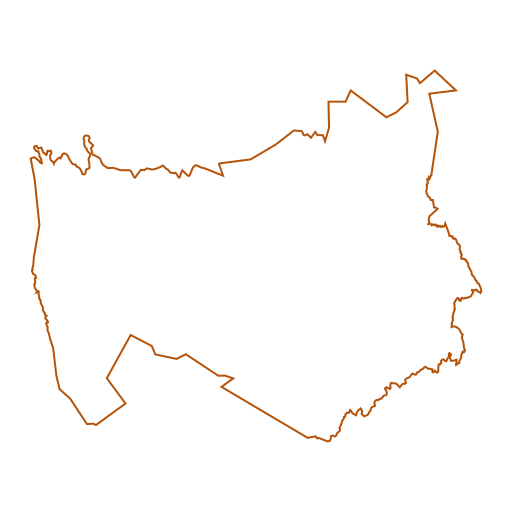 the district of Moris, Chihuahua, Mexico
{"feature_id": "50627088B15555770686399", "entity_name": "Moris", "entity_type": "district", "adm_level": 2, "iso_a3": "MEX", "parent_name": "Mexico", "parent_adm1": "Chihuahua", "projection": "equal_earth", "projection_center": [-108.616, 28.165], "detail": "fine", "context": "isolated", "style": "outline", "palette": "amber", "viewbox_px": 512, "rotation_deg": 0, "n_neighbors": 0, "source": "geoboundaries", "source_scale": "gbopen_adm2", "svg_char_len": 5973}
<svg xmlns="http://www.w3.org/2000/svg" viewBox="0 0 512 512"><path d="M455.9,90.4L434.7,70.6L420.0,83.1L417.0,78.5L406.2,74.7L407.6,102.1L396.6,112.1L386.4,117.3L350.7,90.5L345.5,101.7L328.5,101.7L329.0,128.0L325.0,141.2L322.9,135.2L317.5,135.1L315.2,132.0L311.0,137.7L307.4,134.2L305.1,135.4L304.1,135.3L303.3,134.5L302.2,131.7L301.1,131.0L293.9,130.5L275.8,144.5L250.6,159.4L219.6,163.4L219.0,163.9L223.0,175.7L204.6,168.3L201.5,167.6L196.6,165.3L195.1,165.5L193.0,167.4L189.8,175.0L188.8,176.0L186.9,174.8L182.4,170.4L180.8,173.4L180.2,176.2L179.2,177.6L177.9,176.4L177.1,174.6L175.5,172.8L174.0,173.2L170.3,172.6L167.8,169.5L166.3,168.9L163.3,165.8L162.5,165.6L160.8,166.8L155.3,169.0L152.2,169.5L146.9,168.4L144.3,170.1L140.8,169.9L135.0,177.7L134.5,177.6L130.9,171.2L129.9,170.3L120.7,170.2L113.2,167.8L107.7,168.1L103.8,165.4L102.6,164.3L101.3,161.9L100.4,159.2L99.4,158.0L94.4,155.2L93.2,155.1L92.7,154.5L91.0,148.4L91.1,147.7L93.0,146.0L93.2,145.4L89.0,141.4L88.7,140.0L89.7,138.2L89.0,136.5L88.2,135.8L85.7,135.5L84.5,136.2L83.7,137.7L83.7,139.9L84.5,141.1L84.1,143.4L84.6,146.0L85.8,148.1L86.6,148.6L87.1,150.4L88.7,152.5L90.3,153.7L89.9,156.4L88.8,158.0L88.6,160.0L89.3,163.5L89.5,167.6L89.2,168.2L86.2,169.5L85.4,173.2L84.9,174.0L83.3,174.4L82.4,174.0L81.2,170.7L79.4,167.9L76.5,166.5L75.9,164.8L73.1,164.2L72.2,163.5L70.1,160.5L67.5,155.5L66.1,154.0L64.1,153.3L62.5,154.3L61.5,156.0L61.7,156.7L60.4,157.3L60.4,158.4L59.1,157.9L58.3,158.2L54.5,162.0L53.9,163.6L53.4,162.2L51.0,160.4L50.1,158.0L50.1,155.3L51.4,153.2L51.2,151.9L50.5,150.7L49.1,151.3L47.8,150.7L47.3,151.0L47.0,153.9L46.3,155.0L45.4,154.4L44.9,153.4L43.3,152.5L41.2,147.5L38.2,148.5L36.6,145.9L34.9,146.2L34.2,146.9L34.0,147.9L36.0,150.9L37.3,151.4L38.3,151.3L38.6,151.7L38.6,152.6L39.3,154.1L39.5,156.6L41.1,158.7L41.9,163.3L40.4,162.9L39.1,160.9L34.8,157.5L33.9,157.2L30.7,158.5L34.6,179.1L39.4,225.0L33.8,257.7L33.3,265.0L32.3,268.7L32.7,269.4L32.2,269.8L31.9,271.0L33.2,273.9L35.5,275.4L36.0,277.2L35.9,278.0L35.0,278.1L34.8,278.7L35.1,280.6L35.0,283.8L34.2,284.5L34.8,287.7L37.2,291.6L36.9,292.1L38.5,291.2L38.7,291.6L38.4,293.9L39.2,295.7L39.1,298.4L39.9,299.1L40.0,300.1L40.8,300.9L40.7,303.0L43.0,307.6L42.9,309.4L43.4,311.2L44.7,312.8L45.0,314.8L46.6,315.9L45.4,317.1L45.3,317.9L45.9,319.2L47.2,320.3L47.2,321.2L48.1,321.7L47.6,322.8L46.4,323.0L46.2,324.0L46.9,325.9L47.7,326.8L47.4,329.9L48.6,332.8L50.4,339.8L53.1,347.8L56.4,375.7L59.6,389.2L70.1,398.5L86.9,424.0L93.5,423.7L95.9,425.1L125.5,403.5L106.8,378.2L130.7,335.0L151.8,346.0L155.3,354.4L176.5,358.9L185.8,354.2L218.3,375.7L224.9,375.6L233.2,378.4L221.5,386.9L307.6,437.8L315.7,436.4L317.2,438.5L318.7,437.9L327.6,441.4L329.9,440.8L330.6,438.9L331.1,436.0L332.7,435.5L334.0,436.3L335.3,436.4L336.0,435.8L337.0,433.3L339.8,430.9L340.0,429.6L339.5,428.1L339.7,427.5L340.5,426.1L342.5,420.4L344.4,417.5L344.0,416.8L345.4,416.1L345.4,414.4L346.1,413.6L347.1,412.7L348.8,412.9L350.1,410.0L351.0,410.8L352.6,413.5L356.1,415.2L356.8,412.4L358.6,410.0L360.0,409.2L360.5,408.4L361.2,408.9L362.3,411.3L361.6,413.7L362.3,414.7L364.1,416.3L367.4,415.0L368.6,413.7L368.9,412.5L370.5,410.8L370.9,408.5L371.6,407.3L374.9,405.9L375.1,405.2L374.5,403.9L374.3,402.5L375.3,400.8L376.7,399.9L378.4,400.1L379.6,398.8L381.2,398.8L383.7,395.7L386.1,395.1L386.8,393.7L386.8,392.4L385.7,389.6L385.0,389.0L385.0,388.3L386.6,387.2L389.4,388.9L390.3,388.7L390.6,387.9L390.2,385.6L390.8,383.1L395.6,383.4L397.0,384.3L399.7,387.3L402.0,384.4L403.6,383.6L404.7,383.9L405.9,383.1L406.0,382.3L405.2,380.7L405.2,379.8L406.1,378.8L409.6,377.1L411.8,374.1L412.8,373.6L415.1,374.7L416.3,374.4L416.9,372.6L418.8,371.9L420.6,370.1L422.8,368.9L424.0,367.6L425.5,366.8L428.0,368.6L432.4,369.3L432.4,371.8L432.7,372.3L433.6,372.1L434.8,370.6L436.5,372.4L437.3,372.6L438.2,371.6L438.5,364.7L439.1,364.2L439.9,364.5L441.3,362.9L441.0,361.0L442.0,359.7L443.6,359.4L445.1,361.0L446.4,361.2L447.5,358.5L448.7,357.1L448.7,355.9L449.1,355.1L448.8,353.6L449.5,353.1L451.2,354.7L450.8,355.5L449.7,355.8L450.7,360.5L451.2,360.9L454.2,360.6L456.5,359.7L456.6,362.3L455.8,364.3L456.1,365.0L457.8,363.6L459.2,363.1L459.5,360.9L461.2,357.5L461.2,355.6L462.4,352.3L462.7,351.7L463.8,352.4L464.2,352.1L464.4,350.8L465.0,350.5L464.0,347.9L463.3,342.1L461.7,337.4L462.3,336.6L462.6,334.8L462.2,334.9L459.6,329.9L458.3,328.4L455.7,326.7L453.2,326.4L451.7,327.0L451.9,325.8L451.6,325.1L452.0,324.0L451.7,323.3L453.0,319.9L452.8,317.9L452.3,317.1L453.1,315.8L453.2,313.6L454.2,311.3L454.4,309.5L455.0,309.0L454.4,307.3L454.6,305.0L454.1,303.2L454.5,302.3L455.0,302.0L455.4,300.7L457.5,297.9L458.5,298.5L459.0,300.0L460.1,301.0L460.6,300.8L460.8,298.8L461.9,298.5L461.9,298.0L463.9,298.6L464.5,298.0L465.8,298.2L470.6,296.5L473.2,292.4L472.8,291.2L472.0,290.6L472.1,289.9L474.9,290.4L475.9,289.6L476.7,289.7L477.8,291.5L480.0,292.1L480.4,292.9L481.3,291.8L480.7,287.9L478.8,283.6L477.3,283.0L476.5,280.7L475.6,280.2L473.6,276.3L472.4,275.5L471.7,273.9L471.5,272.0L468.2,265.8L468.3,264.4L467.8,262.9L466.7,261.8L466.8,261.2L466.2,260.4L465.5,260.4L464.9,259.0L462.7,258.9L462.2,258.3L461.4,258.7L461.1,256.3L461.8,254.6L461.4,254.3L461.2,253.3L460.2,252.4L460.7,251.4L459.5,249.1L460.0,247.5L459.5,245.2L457.2,243.1L456.0,239.5L454.7,238.3L453.7,238.9L452.2,237.5L452.6,236.4L449.2,235.8L449.1,234.0L445.3,223.5L444.2,226.4L443.2,226.7L442.4,226.1L441.5,226.9L440.5,226.8L440.2,225.9L439.0,225.8L438.7,226.4L437.4,226.8L436.8,225.1L435.7,225.4L435.4,224.5L434.0,225.1L432.9,224.4L431.8,225.4L431.1,224.2L429.8,223.5L428.6,224.1L428.0,225.0L428.2,224.1L429.2,222.6L428.7,219.8L429.4,216.3L437.6,208.8L435.6,207.6L434.0,207.4L432.9,200.0L430.7,200.0L429.9,197.7L428.8,197.2L427.8,195.9L426.1,191.5L427.0,187.8L426.7,187.2L427.1,185.1L426.7,184.8L426.7,184.1L427.7,183.3L427.9,182.7L427.1,179.2L428.2,178.8L428.4,179.5L429.2,179.5L429.4,178.9L429.0,178.2L429.0,176.7L430.3,177.2L430.6,176.0L431.3,175.3L437.8,131.7L429.3,93.7L455.9,90.4Z" fill="none" stroke="#b45309" stroke-width="2"/></svg>